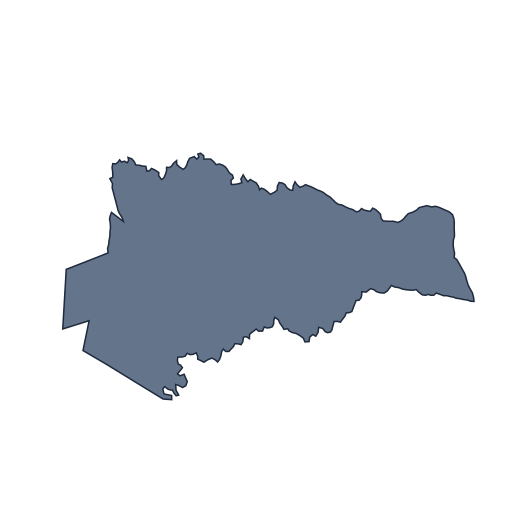 the district of Nossa Senhora da Glória, Sergipe, Brazil, rotated 168°
{"feature_id": "56859067B27700836556766", "entity_name": "Nossa Senhora da Glória", "entity_type": "district", "adm_level": 2, "iso_a3": "BRA", "parent_name": "Brazil", "parent_adm1": "Sergipe", "projection": "natural_earth1", "projection_center": [-37.571, -10.185], "detail": "fine", "context": "isolated", "style": "filled", "palette": "slate", "viewbox_px": 512, "rotation_deg": 168, "n_neighbors": 0, "source": "geoboundaries", "source_scale": "gbopen_adm2", "svg_char_len": 4081}
<svg xmlns="http://www.w3.org/2000/svg" viewBox="0 0 512 512"><g transform="rotate(168 256 256)"><path d="M214.9,321.8L218.1,323.1L220.6,319.7L221.6,316.1L224.8,314.5L229.2,313.4L231.6,316.8L233.9,319.5L236.6,321.3L238.8,320.0L239.1,323.8L240.6,327.5L243.2,329.7L245.7,332.1L248.5,330.3L250.1,333.4L251.7,338.0L254.8,334.4L254.6,330.6L258.7,330.3L262.1,330.5L265.3,331.1L264.7,335.3L262.0,336.8L262.2,340.1L264.8,342.8L266.2,347.0L267.6,349.7L269.6,351.7L272.6,353.6L276.1,353.7L277.6,356.7L280.1,360.2L283.8,361.1L286.8,361.4L286.3,365.0L288.9,368.1L291.7,367.8L291.3,364.7L293.8,363.1L295.7,366.1L300.7,365.3L303.2,362.3L304.6,359.7L306.9,357.0L309.2,355.9L312.3,358.9L314.5,362.2L313.8,365.8L317.5,363.8L320.1,361.3L322.6,360.6L325.0,361.4L325.8,357.9L327.7,354.6L330.0,351.5L332.5,350.4L334.5,354.8L333.7,357.8L337.2,361.4L340.1,363.4L342.4,361.6L345.1,361.7L345.1,366.6L348.6,367.7L351.4,369.1L354.6,369.9L355.5,373.7L357.3,376.9L360.7,379.0L360.7,375.9L362.7,374.0L365.0,376.1L368.0,375.8L369.4,378.4L371.5,376.5L373.8,375.3L376.9,376.1L378.4,372.5L378.7,368.2L379.7,362.8L382.9,362.1L381.3,356.8L382.5,352.6L381.4,328.7L380.7,325.9L378.9,320.9L378.6,317.4L388.3,328.7L390.4,325.4L391.6,322.6L391.7,318.8L392.4,314.1L393.8,310.0L395.0,305.2L396.7,301.3L397.6,298.1L399.6,294.3L400.0,289.8L419.4,286.5L440.8,283.0L444.4,282.4L446.1,276.2L460.2,224.8L432.7,227.4L444.9,199.5L425.4,181.7L400.9,158.4L376.6,135.4L368.3,133.0L367.5,137.1L371.0,138.6L374.7,140.3L374.8,145.4L372.4,147.2L369.7,143.9L365.6,141.9L364.7,138.8L363.2,135.9L360.5,136.0L362.1,141.2L361.3,147.0L358.7,145.6L355.2,142.6L351.6,143.7L349.3,147.5L350.4,152.5L350.9,155.3L355.2,154.6L357.3,157.1L354.1,159.6L351.2,162.0L352.4,164.8L354.5,166.5L354.6,170.3L353.5,173.4L349.7,172.6L346.1,172.7L343.6,175.1L341.0,173.2L338.0,172.9L334.6,173.7L333.9,170.3L334.4,167.1L331.9,165.3L329.0,162.9L324.9,164.5L320.3,165.3L317.4,162.8L315.6,160.3L313.3,162.2L311.1,165.6L309.5,169.6L307.3,171.8L305.5,168.9L302.3,168.3L299.2,170.5L296.8,172.2L295.0,174.6L291.8,173.8L289.0,172.4L286.7,174.9L285.2,179.1L282.4,179.2L279.6,176.5L278.6,180.7L275.9,182.1L273.4,183.3L271.0,184.5L269.1,181.9L265.2,181.2L262.7,184.9L260.3,183.3L257.5,183.0L254.7,183.4L252.8,186.0L252.0,189.3L250.4,192.1L247.4,189.0L246.6,185.2L245.2,182.1L243.9,178.4L240.1,178.3L239.1,175.7L236.3,173.5L232.7,171.8L229.4,168.8L226.7,165.6L226.0,161.8L221.9,161.2L220.3,165.5L216.8,167.4L214.2,165.1L211.2,168.3L209.5,173.2L205.9,171.3L204.0,167.5L201.9,166.1L199.0,166.1L197.0,168.1L195.8,170.7L193.3,175.7L190.0,175.1L187.2,173.7L184.4,176.2L181.5,178.7L179.6,181.6L177.1,181.2L173.8,181.7L170.9,186.3L168.9,189.3L167.3,191.7L164.4,191.3L162.0,193.2L160.7,195.9L160.0,199.0L155.6,197.8L150.9,200.2L147.8,198.7L145.6,196.1L142.5,194.3L138.5,193.1L135.1,194.3L132.5,196.5L129.7,199.0L126.6,196.7L123.0,195.4L119.7,193.2L116.7,192.0L112.8,190.7L108.9,189.8L106.3,189.9L104.0,186.4L101.4,183.4L98.2,182.3L95.4,182.6L93.2,181.2L90.1,180.7L87.6,182.3L84.4,180.5L80.9,178.2L77.6,177.5L74.5,175.9L71.7,174.8L68.8,173.0L65.7,171.9L62.1,170.3L58.3,168.9L55.6,167.2L52.2,166.2L51.8,169.9L52.0,175.0L53.7,180.2L54.6,183.9L55.0,189.1L55.1,192.3L55.6,195.7L56.9,199.8L58.9,206.4L60.4,210.9L62.5,213.2L61.2,217.4L61.2,221.0L60.9,225.5L59.6,230.6L57.8,233.9L57.2,236.9L56.2,242.9L55.1,247.3L54.7,251.6L55.2,255.7L58.1,259.3L60.9,261.2L63.3,263.0L66.5,265.3L70.3,267.4L73.8,267.4L76.1,268.6L78.5,269.7L82.7,269.6L86.4,269.4L89.2,267.6L93.4,266.3L98.2,265.8L101.2,263.8L104.0,261.5L106.9,260.1L110.2,259.3L112.5,260.5L115.0,261.6L117.5,262.0L120.3,262.7L124.4,263.9L125.7,266.7L125.6,271.0L127.6,274.3L129.4,276.6L131.9,278.6L135.0,275.9L137.5,277.0L140.3,278.2L142.9,280.5L145.8,278.4L148.8,278.4L151.7,281.3L155.0,283.1L158.1,285.3L161.1,287.9L165.0,289.6L167.2,292.1L169.5,295.6L171.4,298.4L174.4,301.1L177.1,304.3L179.4,306.1L182.2,307.8L184.8,310.0L187.5,312.1L190.3,313.9L192.7,315.5L195.6,314.5L198.8,314.1L201.1,317.3L202.4,320.5L205.0,316.9L206.5,312.6L209.1,313.6L211.6,316.5L212.9,319.9L214.9,321.8Z" fill="#64748b" stroke="#1e293b" stroke-width="1.5"/></g></svg>